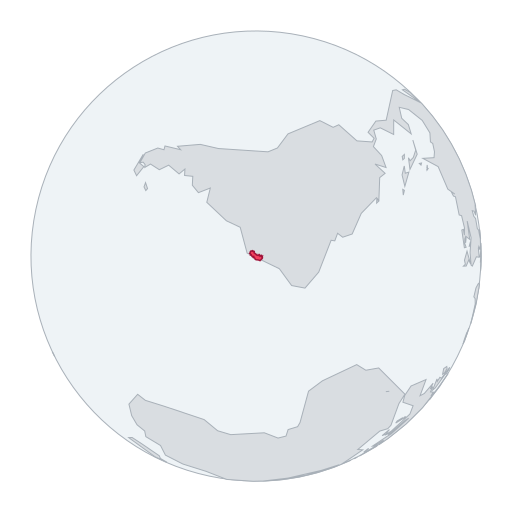 globe centered on Espírito Santo, rotated 102°
{"feature_id": "BRA-625", "entity_name": "Espírito Santo", "entity_type": "State", "adm_level": 1, "iso_a3": "BRA", "parent_name": "Brazil", "parent_adm1": "", "projection": "orthographic", "projection_center": [-40.668, -19.574], "detail": "fine", "context": "on_globe", "style": "filled", "palette": "rose", "viewbox_px": 512, "rotation_deg": 102, "n_neighbors": 0, "source": "natural_earth", "source_scale": "10m", "svg_char_len": 6875}
<svg xmlns="http://www.w3.org/2000/svg" viewBox="0 0 512 512"><g transform="rotate(102 256 256)"><circle cx="256" cy="256" r="225" fill="#eef3f6" stroke="#a8b0b8"/><path d="M161.9,51.3L160.0,52.4L170.5,49.6L166.8,52.0L166.7,53.9L171.8,51.3L173.7,49.0L183.2,45.2L184.4,43.6L188.4,42.0L192.4,40.2L199.0,38.6L203.3,38.3L200.4,40.0L202.2,40.1L210.8,37.4L211.0,40.3L220.9,42.3L220.2,43.7L208.2,47.3L193.4,49.4L177.9,56.7L195.3,50.4L193.1,54.9L195.8,55.3L200.2,54.5L203.8,52.3L204.6,53.9L187.8,60.1L186.8,58.7L192.2,56.5L185.2,57.9L173.8,63.3L173.6,65.8L156.6,73.2L156.3,75.3L152.4,78.5L154.1,74.4L150.7,82.3L130.7,96.4L125.8,113.1L122.8,102.3L116.9,103.1L109.2,106.5L108.1,109.1L99.4,111.5L88.8,121.6L81.0,137.2L80.8,146.8L91.0,142.1L95.8,134.3L104.3,129.6L94.3,149.6L108.5,146.6L104.8,161.1L108.4,167.0L116.5,162.7L124.6,163.9L131.6,154.0L142.4,147.2L141.3,158.7L148.3,146.9L153.6,151.3L175.9,147.4L173.9,150.3L192.4,161.9L214.5,166.5L219.6,175.1L216.8,180.9L224.8,182.1L225.0,185.8L258.7,191.3L277.2,201.4L277.5,215.0L263.6,230.5L255.0,265.3L231.2,277.4L227.7,292.3L213.7,315.3L199.0,314.8L206.0,325.5L200.0,333.0L191.2,334.4L192.1,342.6L185.7,343.6L191.7,348.3L185.3,360.3L191.7,368.5L188.0,378.3L192.5,383.2L189.6,383.5L187.7,385.9L188.8,388.9L178.3,385.7L170.8,374.5L171.2,368.1L167.3,367.9L167.7,351.8L165.0,355.6L158.4,333.7L158.7,315.1L151.6,265.9L145.9,257.5L129.9,250.1L110.3,221.7L114.1,207.3L110.4,202.3L122.4,181.2L120.3,166.1L116.3,165.0L111.7,172.1L99.1,166.8L96.1,156.9L65.7,156.7L64.3,153.4L67.2,144.8L71.9,126.6L63.0,147.3L62.0,145.4L63.9,139.3L66.3,135.7L72.3,125.6L82.5,112.3L93.7,99.7L105.8,88.1L118.8,77.3L132.5,67.6L146.9,58.9L161.9,51.3ZM122.9,119.5L139.3,123.4L128.2,127.3L130.7,125.0L126.9,122.6L119.2,121.8L110.0,126.7L122.9,119.5ZM134.3,107.2L131.3,107.5L134.5,106.5L134.3,107.2ZM188.5,41.3L190.4,40.8L188.7,41.4L188.5,41.3ZM188.4,41.2L185.1,42.3L184.5,42.4L186.6,41.7L188.4,41.2ZM191.7,40.1L192.7,39.9L184.0,42.5L183.8,42.6L191.7,40.1ZM197.3,393.3L179.9,387.4L189.0,389.7L191.9,384.3L202.3,389.5L197.3,393.3ZM207.2,379.3L212.6,376.1L214.9,377.4L211.7,379.9L207.2,379.3ZM430.1,113.1L423.9,106.9L415.9,98.2L416.9,98.3L430.1,113.1ZM407.0,88.8L410.2,91.9L415.1,96.6L409.6,92.9L417.3,100.8L417.8,102.6L405.0,90.1L401.9,86.8L382.9,72.9L385.7,75.9L403.8,89.5L400.7,87.5L404.5,92.8L399.1,87.2L378.6,72.6L369.8,71.2L368.5,81.9L361.4,81.5L350.9,77.3L341.5,64.0L358.6,66.5L355.5,62.8L343.6,56.3L349.8,57.9L347.0,55.9L352.7,57.1L352.3,54.4L356.7,55.8L348.6,51.0L349.8,51.3L354.3,53.8L359.8,56.7L369.7,61.5L389.1,74.2L407.0,88.8ZM359.4,55.8L360.8,56.6L359.1,55.9L345.0,49.1L340.9,47.7L331.7,43.8L331.1,43.6L359.4,55.8ZM474.7,201.8L474.7,202.1L470.2,186.3L448.3,139.3L446.2,135.6L445.9,135.1L445.3,134.2L448.4,139.7L442.9,131.3L460.0,161.4L464.9,173.6L474.8,202.7L475.1,204.3L476.8,211.4L476.9,211.7L480.6,238.0L480.6,238.3L477.0,260.1L474.7,284.2L469.6,303.2L461.2,310.0L455.6,326.2L450.3,328.5L445.8,337.3L438.0,344.4L427.3,349.5L415.9,343.0L420.2,334.2L422.0,315.0L426.8,272.7L434.9,257.2L436.0,243.6L427.2,211.1L429.5,196.6L425.9,189.2L419.1,188.5L414.3,179.8L409.7,178.3L377.3,176.5L364.3,165.1L341.3,134.9L344.9,124.8L340.0,112.7L360.2,81.6L370.6,85.5L393.5,88.8L397.5,91.2L401.5,98.5L424.1,116.2L423.4,111.3L437.2,124.5L442.1,129.4L436.1,120.7L446.4,135.6L455.4,151.2L463.2,167.5L469.6,184.4L474.7,201.8ZM360.6,97.5L361.7,100.8L360.6,97.5ZM176.6,147.2L179.2,149.0L175.5,149.6L176.6,147.2ZM125.8,132.0L129.7,131.2L131.4,132.4L128.2,133.7L125.8,132.0ZM160.9,124.5L165.8,124.6L160.3,126.3L160.9,124.5ZM142.1,123.9L156.9,124.9L146.3,130.0L137.1,129.7L144.0,127.2L142.1,123.9ZM130.6,113.4L132.8,113.5L131.5,115.5L130.6,113.4ZM136.6,106.6L135.6,107.0L134.9,105.9L136.6,106.6ZM194.1,54.6L195.5,54.1L199.5,53.7L196.8,54.8L194.1,54.6ZM222.1,48.3L222.8,51.0L220.5,49.5L216.8,51.2L207.4,50.6L219.3,44.4L215.6,47.1L222.1,48.3ZM198.2,49.0L202.8,49.5L197.3,49.2L198.2,49.0ZM326.3,45.7L330.9,47.2L332.8,48.9L327.1,49.0L324.4,46.4L326.3,45.7ZM337.0,49.2L324.6,43.4L327.6,43.7L328.1,44.4L331.3,45.1L332.8,46.6L347.9,53.3L350.5,55.4L338.6,53.4L341.0,52.6L336.4,50.9L337.0,49.2ZM287.5,33.7L282.2,32.8L295.7,34.3L299.1,35.2L293.7,34.8L286.4,33.8L287.5,33.7ZM218.9,33.8L224.0,33.2L218.4,34.3L214.3,34.7L215.0,35.3L209.0,36.2L210.4,36.7L201.9,37.4L196.6,38.7L204.6,36.7L209.8,35.5L218.9,33.8ZM277.5,31.8L257.4,31.6L252.1,32.8L250.7,34.4L241.5,34.2L237.0,32.9L235.9,31.9L242.3,31.1L237.0,31.5L237.3,31.5L257.4,30.7L277.5,31.8ZM398.0,89.4L400.3,90.6L403.0,91.7L405.5,95.3L398.0,89.4ZM384.1,79.4L385.6,79.6L390.4,84.6L388.0,83.6L384.1,79.4ZM382.3,75.8L385.3,79.2L382.2,76.8L382.3,75.8ZM355.2,54.1L356.4,54.5L358.1,55.4L359.4,56.2L355.2,54.1ZM433.0,116.6L434.0,118.1L432.2,115.8L432.2,115.7L433.0,116.6L433.0,116.6ZM420.9,105.6L425.6,109.9L421.5,106.6L420.9,105.6ZM396.3,432.0L392.1,435.4L393.2,434.3L396.3,432.0ZM473.3,313.2L460.1,342.8L459.3,339.4L463.6,328.3L471.5,309.1L473.9,307.4L476.3,300.1L473.3,313.2Z" fill="#d9dde1" stroke="#a8b0b8" stroke-width="1"/><path d="M259.7,251.1L259.5,251.9L259.4,252.5L259.4,253.4L259.5,254.1L259.6,254.7L259.6,255.2L259.6,255.4L259.3,256.1L259.2,256.3L258.7,256.5L258.4,256.7L258.4,256.8L258.2,257.3L257.9,257.5L258.0,257.5L257.9,257.8L257.9,258.0L257.8,258.4L257.7,258.5L257.6,258.8L257.5,258.7L257.4,258.8L257.4,258.6L257.2,258.6L257.1,258.8L257.2,259.0L257.3,259.0L257.4,258.9L257.5,258.9L257.4,259.0L257.3,259.3L257.2,259.5L257.0,259.9L256.9,260.1L256.7,260.2L256.5,260.5L256.4,260.6L256.3,260.8L256.2,260.8L256.2,261.0L256.1,260.9L255.9,261.0L255.7,261.0L255.5,261.3L255.5,261.5L255.4,261.8L255.3,262.0L255.1,262.4L255.0,262.5L254.9,262.7L254.6,262.5L254.5,262.4L254.4,262.5L254.1,262.5L253.9,262.5L253.7,262.5L253.7,262.4L253.4,262.3L253.2,262.4L252.9,262.3L252.7,262.3L252.6,262.2L252.4,262.1L252.2,262.0L252.1,261.9L252.1,261.7L252.1,261.4L252.1,261.2L252.1,260.9L251.8,260.8L251.6,260.7L251.7,260.4L251.8,260.2L251.7,260.2L251.8,259.9L251.8,259.7L251.8,259.4L251.7,259.3L251.7,259.2L251.8,258.9L252.0,258.6L253.3,258.5L253.4,258.4L253.5,258.2L253.6,257.7L253.7,257.4L253.8,257.4L254.0,257.2L254.1,256.9L254.2,256.4L254.4,256.2L254.5,256.1L254.7,255.9L254.6,255.7L254.8,255.7L254.9,255.4L255.0,255.2L255.0,254.9L255.0,254.7L255.0,254.4L254.9,254.2L254.7,254.0L254.6,253.9L254.6,253.7L254.5,253.4L254.4,253.3L254.2,253.3L253.9,253.2L254.0,253.0L254.3,253.0L254.8,253.1L255.0,253.0L255.0,252.9L255.0,252.5L255.0,252.4L254.9,252.4L254.7,252.4L254.7,252.1L254.7,251.9L254.7,251.6L254.8,251.6L254.7,251.5L254.7,251.4L254.5,251.2L254.4,251.2L254.3,251.3L254.2,251.4L254.3,251.2L254.2,251.1L254.2,250.9L254.3,250.9L254.5,250.6L254.9,250.3L255.0,250.2L255.2,250.3L255.3,250.3L255.5,250.4L255.6,250.2L255.1,249.7L255.3,249.7L255.5,249.7L255.8,249.6L256.0,249.6L256.3,249.5L256.5,249.4L256.7,249.5L256.8,249.5L256.8,249.4L257.1,249.5L257.3,249.5L257.5,249.6L257.8,249.9L259.7,251.1Z" fill="#f43f5e" stroke="#9f1239" stroke-width="1.5"/></g></svg>